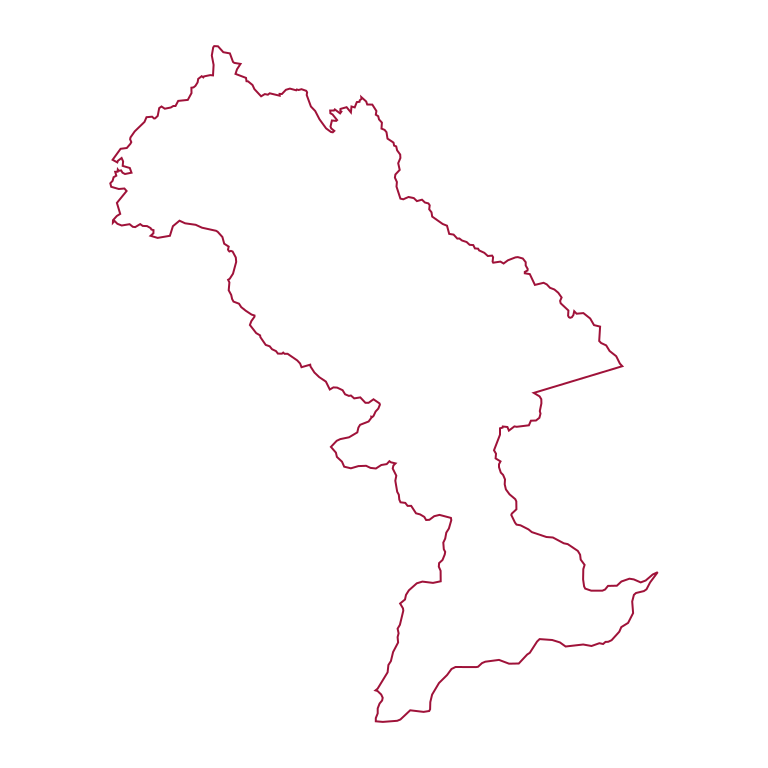 Cocorná, Antioquia, Colombia
{"feature_id": "7082276B66928007387737", "entity_name": "Cocorná", "entity_type": "district", "adm_level": 2, "iso_a3": "COL", "parent_name": "Colombia", "parent_adm1": "Antioquia", "projection": "mercator", "projection_center": [-75.166, 5.993], "detail": "fine", "context": "isolated", "style": "outline", "palette": "rose", "viewbox_px": 768, "rotation_deg": 0, "n_neighbors": 0, "source": "geoboundaries", "source_scale": "gbopen_adm2", "svg_char_len": 6080}
<svg xmlns="http://www.w3.org/2000/svg" viewBox="0 0 768 768"><path d="M113.0,220.2L112.9,222.7L114.5,220.9L117.4,223.8L121.7,225.5L129.6,224.2L132.8,226.8L135.2,227.1L140.2,224.1L142.7,225.9L147.1,226.1L150.6,228.1L151.4,229.5L153.5,230.1L153.4,233.3L150.6,235.8L157.6,237.9L169.9,235.8L172.9,226.2L179.5,220.7L185.1,223.3L195.7,224.8L202.0,227.7L216.1,230.8L217.7,231.8L222.4,237.0L224.2,243.7L228.7,246.6L228.0,249.6L228.7,250.8L229.4,251.5L230.9,250.9L232.6,251.5L235.8,257.5L236.2,261.9L233.0,273.7L229.7,278.8L228.1,279.8L229.4,282.4L228.7,290.3L231.2,294.9L232.1,299.0L233.5,301.6L239.0,303.7L241.2,307.1L245.7,310.7L251.6,314.6L254.5,315.5L254.5,316.7L251.3,321.2L249.9,325.0L256.2,333.1L260.1,335.4L260.4,337.2L265.7,344.9L269.7,346.3L272.0,349.2L276.0,351.1L277.9,353.6L281.9,353.7L283.2,352.6L284.5,353.8L287.6,353.8L297.2,360.4L300.1,363.5L301.5,367.2L310.2,364.7L310.5,366.5L314.4,372.5L319.3,377.2L325.9,381.6L329.8,389.5L333.4,387.4L337.1,387.6L342.6,390.2L345.1,394.3L348.9,395.9L350.9,395.5L354.2,398.4L360.3,397.4L365.4,402.8L368.6,402.8L373.5,399.3L379.5,403.4L379.9,404.7L378.3,408.6L375.6,411.5L373.6,415.8L372.4,417.0L371.3,416.7L371.4,417.7L368.6,421.5L360.1,424.8L358.4,427.6L357.3,432.4L349.0,437.3L340.3,439.1L336.7,440.8L330.9,446.9L335.9,452.6L336.9,456.9L342.0,461.7L344.2,466.7L350.9,468.3L358.4,466.1L366.1,465.8L370.5,467.9L375.9,468.5L381.3,465.0L386.7,464.1L389.4,461.2L390.9,462.3L395.5,463.4L393.4,465.5L392.7,468.5L396.3,475.7L395.3,480.7L397.2,491.8L398.8,494.7L399.3,499.6L400.5,502.3L405.3,502.9L407.6,505.9L411.2,505.9L416.0,513.3L420.1,514.4L424.3,516.9L426.1,520.0L429.4,519.8L434.2,516.2L439.5,514.9L450.9,517.9L451.3,520.1L448.9,528.5L446.3,532.6L445.2,538.6L443.3,542.6L443.8,549.2L445.2,551.9L444.7,554.6L442.5,560.0L439.1,563.1L438.8,566.7L440.6,570.8L440.7,581.3L433.0,582.9L422.4,581.6L416.8,583.3L408.9,590.3L406.0,594.9L405.0,599.5L400.1,603.5L403.0,608.4L403.3,610.7L399.9,624.8L397.6,628.7L398.6,633.3L397.6,637.1L398.1,642.5L393.1,652.0L390.9,661.1L388.4,665.0L387.6,672.3L377.6,688.7L375.5,690.4L377.5,691.0L381.2,694.5L382.7,697.8L382.1,700.5L379.6,703.5L377.7,708.4L377.7,713.4L375.8,718.1L375.8,721.3L382.8,721.9L397.2,720.8L400.4,719.5L410.2,710.3L423.6,711.9L429.2,711.0L430.1,709.3L430.3,702.1L432.1,694.6L439.0,683.0L447.1,675.0L451.5,669.0L455.5,667.0L476.0,667.1L478.0,666.8L482.0,663.1L485.3,661.7L499.0,659.9L509.1,663.7L518.8,663.5L527.2,654.5L529.8,652.8L537.1,641.5L539.6,639.1L552.2,640.0L559.9,642.4L565.6,646.5L583.2,644.5L591.5,646.0L599.4,643.2L603.1,644.0L605.5,641.9L608.2,641.8L611.6,640.2L619.3,631.7L621.3,627.1L628.1,622.9L633.1,613.1L632.2,601.5L633.9,594.9L636.0,593.0L643.9,591.1L646.5,589.3L650.1,582.4L657.7,572.2L652.7,574.5L645.7,580.5L640.7,582.4L633.8,579.4L629.4,578.7L621.4,581.5L616.9,585.7L608.0,585.9L605.1,589.5L602.3,590.7L591.3,590.7L585.2,588.6L584.1,586.4L583.1,579.4L583.3,569.1L584.6,564.9L580.7,559.6L580.1,554.7L577.8,550.9L567.7,544.1L563.8,543.3L552.9,537.5L546.4,537.0L531.8,532.1L528.5,529.4L520.5,525.3L516.5,524.6L515.0,522.6L511.3,515.0L511.8,513.6L516.4,509.3L516.3,501.4L515.3,499.2L509.5,494.3L505.9,489.4L504.7,484.3L505.0,479.4L503.1,474.9L500.8,472.6L499.0,467.2L499.0,464.2L500.5,461.4L495.6,458.4L496.0,453.7L494.0,450.3L500.0,434.7L500.0,428.3L502.6,427.6L502.8,426.5L507.4,427.0L508.9,430.6L514.4,426.4L516.7,426.8L528.9,425.3L530.9,420.7L536.0,420.5L539.4,417.8L540.5,413.6L539.8,411.1L541.4,403.4L541.3,399.2L539.6,396.4L533.8,392.9L622.3,366.2L619.9,363.6L616.2,356.2L609.6,351.0L606.2,345.4L601.1,343.0L599.2,341.0L600.1,326.6L594.0,325.1L590.2,318.5L583.4,313.1L576.6,313.7L574.2,311.2L573.4,315.0L571.9,317.2L570.1,317.8L568.9,317.2L568.1,315.7L568.4,310.5L560.7,303.3L560.1,300.9L561.6,297.5L558.3,292.8L554.4,289.5L550.0,287.8L546.8,284.4L543.6,282.8L534.9,284.9L529.8,274.1L524.8,273.3L524.8,271.9L527.5,270.5L527.7,269.0L525.7,265.5L525.7,262.2L522.8,258.5L517.8,257.1L515.4,257.4L507.9,260.3L503.6,263.5L500.4,261.6L493.2,262.7L492.6,261.6L493.1,257.2L492.1,255.6L487.8,256.0L484.3,252.8L479.1,250.4L478.1,248.7L474.9,248.4L473.3,245.1L469.6,244.8L466.6,242.0L462.0,240.5L459.4,238.5L457.3,238.6L453.6,234.6L449.2,233.9L447.0,225.7L442.7,224.0L432.2,216.6L431.5,212.3L429.2,209.3L429.7,205.3L428.4,203.4L424.9,202.5L422.0,199.7L416.9,201.1L413.8,198.1L408.4,197.0L403.3,199.3L400.4,198.6L396.5,186.6L396.9,182.0L394.9,177.6L395.4,174.5L399.7,169.9L398.2,163.2L400.4,158.0L400.2,154.6L397.1,150.3L396.2,146.4L394.1,145.6L393.5,142.6L387.5,138.6L386.5,132.2L384.6,129.9L381.5,128.6L381.9,122.6L379.0,119.4L378.2,116.2L375.8,114.7L376.4,111.0L372.3,104.6L367.2,104.5L366.2,101.5L361.3,97.1L361.5,98.9L359.8,100.3L359.5,101.8L356.8,102.1L354.7,107.4L351.5,106.5L350.9,112.4L346.6,107.2L340.5,108.9L340.3,110.8L341.4,111.6L340.1,113.4L334.8,109.4L334.0,110.5L330.2,110.5L330.4,113.3L332.5,114.4L337.1,120.1L336.2,120.9L331.9,120.5L330.5,126.6L331.3,128.5L334.3,130.9L332.8,132.3L331.0,132.0L326.1,128.4L319.5,119.3L315.2,111.0L310.9,106.5L306.7,95.0L307.1,92.3L306.2,90.8L301.5,89.2L298.6,90.0L296.8,89.5L296.2,90.3L289.9,88.6L285.9,89.8L281.9,94.0L279.6,93.9L279.7,95.7L269.7,93.3L267.9,94.7L264.8,94.1L261.1,96.3L254.4,89.1L252.5,85.0L248.1,81.4L246.5,81.2L246.0,77.9L235.5,73.9L237.0,69.3L240.5,63.9L234.3,62.9L233.0,61.9L229.9,53.4L223.3,52.2L218.0,46.3L214.2,46.1L213.2,47.4L211.8,55.5L213.6,64.9L213.0,75.4L210.3,75.1L204.0,76.4L203.3,77.4L201.7,76.2L198.2,78.9L197.6,82.4L195.4,85.9L193.5,87.4L191.4,87.7L191.5,93.1L187.8,99.9L178.2,100.9L175.5,106.0L173.3,106.0L170.8,107.5L164.8,108.7L161.5,106.5L159.2,108.1L157.7,115.9L155.2,118.3L154.1,118.5L152.1,116.7L146.5,117.2L144.5,121.9L134.7,131.4L130.5,137.4L130.1,139.3L131.3,142.1L130.4,143.8L126.8,148.0L120.6,148.8L112.6,159.8L117.3,162.4L117.9,160.8L121.6,158.0L123.1,161.4L122.7,165.9L129.8,168.0L131.5,172.7L125.0,174.0L122.5,172.7L121.1,170.4L118.8,170.8L117.8,169.5L117.6,171.7L115.2,171.8L116.3,175.7L113.6,177.2L112.6,180.8L110.3,183.3L111.2,186.8L118.8,189.0L124.4,188.5L126.6,191.0L116.9,202.9L120.2,213.9L116.8,216.0L113.0,220.2Z" fill="none" stroke="#9f1239" stroke-width="2"/></svg>